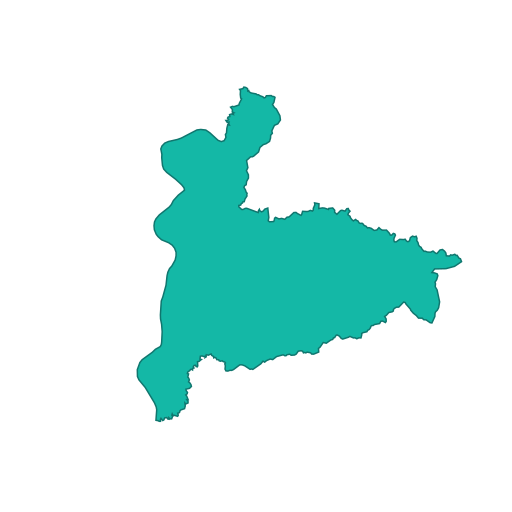 outline of São Borja, Rio Grande do Sul, Brazil, rotated 328°
{"feature_id": "56859067B95150406275386", "entity_name": "São Borja", "entity_type": "district", "adm_level": 2, "iso_a3": "BRA", "parent_name": "Brazil", "parent_adm1": "Rio Grande do Sul", "projection": "natural_earth1", "projection_center": [-55.782, -28.711], "detail": "fine", "context": "isolated", "style": "filled", "palette": "teal", "viewbox_px": 512, "rotation_deg": 328, "n_neighbors": 0, "source": "geoboundaries", "source_scale": "gbopen_adm2", "svg_char_len": 6151}
<svg xmlns="http://www.w3.org/2000/svg" viewBox="0 0 512 512"><g transform="rotate(328 256 256)"><path d="M294.5,136.7L293.3,139.5L290.1,141.3L287.2,140.6L285.1,137.8L282.2,127.2L280.2,122.6L276.2,119.4L272.7,117.8L255.1,116.4L251.0,115.5L242.4,112.5L238.4,111.9L234.5,112.9L232.0,114.8L230.0,120.0L228.2,122.6L224.7,129.6L223.8,133.3L224.6,137.8L228.5,148.3L230.7,156.3L231.1,160.0L230.2,162.3L222.4,163.2L215.3,165.2L211.5,167.5L208.4,168.5L195.8,169.9L190.8,171.5L188.0,173.3L185.6,176.2L183.7,179.9L182.9,184.8L183.2,187.7L184.5,192.2L189.0,198.5L190.7,202.4L191.1,206.3L190.2,210.5L188.3,213.5L185.3,216.6L179.3,219.9L176.1,220.8L172.7,223.0L170.2,225.5L164.2,233.1L155.2,241.4L151.8,244.0L143.7,255.3L141.7,258.8L139.7,264.0L136.3,270.5L130.4,279.0L128.8,280.9L126.8,282.1L121.3,281.8L117.1,282.7L104.5,283.6L101.1,284.8L95.1,289.5L91.6,295.4L91.1,299.0L92.4,308.8L92.1,326.6L91.4,331.1L90.3,333.8L84.1,342.3L85.8,343.9L86.3,344.9L87.4,345.6L88.5,343.8L89.4,343.3L89.7,346.1L90.9,346.2L92.8,344.9L94.7,345.7L94.8,347.5L95.7,348.3L96.4,347.0L96.8,348.6L98.2,349.4L101.0,347.2L102.1,347.6L104.6,350.4L105.7,349.8L106.3,347.8L107.5,348.2L108.6,347.9L109.4,347.0L110.6,346.7L114.5,347.6L116.5,345.7L117.8,343.1L118.0,344.3L120.5,344.6L121.4,343.1L121.2,341.1L122.3,341.8L123.0,338.1L122.8,336.6L124.5,336.4L125.6,335.4L125.4,333.2L126.0,331.8L129.5,333.0L132.1,332.4L132.7,330.5L132.6,328.2L132.1,327.0L133.8,325.8L134.2,324.0L134.0,322.5L136.3,320.3L135.5,319.3L136.7,318.2L139.1,318.1L140.3,317.5L141.2,317.8L141.8,319.0L142.8,317.7L144.0,318.1L144.3,316.5L145.7,316.0L146.9,316.7L146.6,318.0L147.5,318.9L148.4,318.3L150.4,314.6L151.8,315.2L154.8,314.8L153.8,313.8L155.7,311.5L157.3,312.2L158.8,314.0L162.1,313.8L162.9,314.8L166.0,315.3L165.8,316.9L166.7,318.6L166.2,320.0L167.3,320.1L168.1,321.5L167.8,323.1L169.4,324.2L169.2,325.3L170.1,326.4L171.8,326.9L172.2,328.2L173.3,329.3L173.4,330.5L172.4,330.9L171.8,332.9L169.8,335.5L169.6,337.5L171.2,338.7L173.3,339.1L174.7,340.1L176.8,340.4L184.6,339.7L186.5,340.9L188.3,343.2L190.9,348.9L192.3,349.4L193.2,350.5L202.9,350.0L206.2,348.9L207.1,350.6L209.6,350.3L213.4,350.9L215.3,352.7L220.2,352.2L226.7,354.2L227.7,356.0L229.0,356.5L229.9,356.1L232.6,357.2L233.2,358.8L236.2,360.4L238.1,360.5L241.4,359.1L244.1,360.3L245.1,361.6L244.9,363.3L246.2,363.6L246.9,364.6L248.4,364.6L251.0,367.0L251.2,368.6L252.9,369.8L258.3,370.7L260.0,367.5L261.9,367.3L267.2,365.0L269.4,367.2L274.9,366.9L276.8,367.4L278.3,366.5L279.4,366.9L281.9,365.7L282.9,365.9L284.2,368.0L284.6,371.0L285.5,372.4L291.4,373.9L293.0,373.9L295.2,377.1L296.7,377.9L297.6,379.6L299.9,379.9L301.6,381.1L304.0,378.8L304.5,377.7L306.0,377.7L309.9,379.0L311.3,378.2L313.1,378.3L315.1,377.5L316.0,376.6L317.2,376.3L318.5,377.0L320.2,376.9L325.0,378.8L327.3,377.5L328.9,378.3L330.5,381.0L331.8,380.4L333.0,378.3L333.1,375.4L335.1,375.4L338.7,374.3L341.9,375.5L343.3,375.4L344.2,374.2L345.5,373.8L347.9,373.8L350.0,375.0L356.8,373.3L357.9,374.6L357.7,376.1L358.8,382.8L358.5,383.9L359.1,387.9L360.4,391.4L360.9,394.8L364.0,396.8L364.5,398.9L366.4,400.3L368.3,404.8L369.7,406.0L375.6,402.1L377.4,399.5L378.7,398.5L381.1,398.0L383.5,396.6L387.4,392.2L391.6,380.7L391.7,377.0L393.5,374.7L393.9,373.1L396.7,371.8L399.8,369.0L400.2,367.2L398.4,364.9L396.4,363.3L400.6,361.6L410.4,367.4L418.9,370.0L427.3,369.7L427.9,366.7L427.0,365.4L426.9,361.9L425.9,361.5L425.5,359.9L422.8,359.3L421.7,358.2L420.1,358.6L417.5,356.7L418.6,354.0L418.5,351.9L417.6,349.3L415.2,348.4L410.9,349.8L409.9,349.1L408.7,345.6L406.1,345.3L403.5,343.5L401.9,341.4L400.9,341.1L400.4,337.7L400.6,336.1L399.8,334.6L399.7,332.8L400.5,330.5L400.5,328.1L401.9,326.3L402.3,324.1L400.6,323.7L399.3,322.1L396.7,322.2L394.3,324.4L392.9,324.5L392.0,324.0L391.5,322.8L391.4,320.8L389.9,320.3L386.7,318.0L382.3,318.3L380.9,317.3L381.3,315.5L382.5,314.1L385.3,312.2L385.4,310.7L384.4,309.6L382.1,310.2L381.0,309.5L381.2,307.5L380.4,303.2L376.9,301.1L375.9,299.4L375.3,297.1L372.2,298.0L369.7,296.9L368.4,293.6L366.8,291.8L365.4,291.3L365.1,289.0L363.9,287.5L363.8,285.7L363.3,284.4L361.9,283.8L361.0,282.6L361.0,280.2L360.1,279.1L359.9,277.8L357.2,277.8L356.6,276.0L356.4,273.3L356.8,272.2L355.8,269.7L357.1,268.6L359.5,267.8L359.1,266.3L359.4,264.6L358.1,264.0L355.3,265.1L353.1,262.7L351.7,262.3L346.7,263.5L345.8,260.6L347.0,258.9L346.5,255.9L342.9,254.2L342.1,254.9L339.5,251.7L337.8,250.4L334.4,249.0L337.1,245.1L333.8,242.0L333.0,243.8L329.9,245.9L328.9,247.4L327.7,247.8L326.2,246.1L324.1,245.9L322.8,245.3L319.2,242.8L316.7,245.0L315.7,245.4L313.6,241.9L313.0,240.2L311.1,239.2L305.3,240.3L304.0,240.2L303.0,239.5L299.8,240.1L297.7,237.7L295.1,236.7L293.1,233.6L291.8,233.8L290.3,235.5L289.2,236.1L285.6,234.2L285.0,232.6L287.3,230.1L291.4,221.6L288.2,220.9L286.0,221.7L284.1,221.5L283.2,219.6L283.6,218.2L282.2,218.8L280.9,220.3L273.4,210.6L272.1,209.9L269.6,209.7L268.5,208.9L267.5,205.2L268.2,204.0L270.0,204.7L271.4,203.7L272.6,203.9L273.7,203.1L274.8,203.7L276.8,201.9L280.2,200.3L280.6,199.2L281.7,198.1L281.5,196.4L282.1,194.3L282.1,191.4L283.7,190.3L285.4,190.4L287.5,187.8L290.9,185.9L292.6,183.1L293.1,178.6L295.9,176.8L298.6,170.0L304.0,169.0L305.4,169.9L306.8,170.1L313.3,169.1L316.9,166.0L321.3,165.4L324.0,166.1L328.2,166.0L330.8,163.7L332.4,161.4L334.9,160.6L335.7,158.3L340.1,155.4L341.2,155.0L344.5,155.5L348.8,153.6L350.6,149.7L351.1,142.1L350.3,139.9L350.3,136.3L352.6,135.2L356.2,131.5L355.6,130.2L354.5,129.4L353.9,128.0L349.7,125.6L348.1,126.5L346.6,126.2L346.2,124.6L344.3,122.2L343.6,120.6L342.3,119.7L342.0,118.6L338.5,115.4L337.7,114.2L337.2,113.0L337.5,111.9L336.5,111.8L337.5,109.5L336.6,107.6L335.2,106.3L333.6,107.1L330.4,106.0L330.5,107.5L328.3,110.6L326.7,114.0L327.1,115.1L322.7,117.7L321.6,118.9L316.4,117.7L315.3,116.6L313.3,116.3L313.6,119.4L312.2,121.2L313.2,122.9L312.0,122.7L311.8,124.0L310.6,122.6L308.5,122.1L307.7,123.9L306.0,123.4L304.9,124.0L305.1,125.8L303.8,126.0L302.3,125.1L302.4,127.5L304.1,128.2L303.0,129.1L302.8,130.8L301.7,129.6L299.0,132.2L296.1,136.1L294.5,136.7ZM101.0,347.2L100.3,346.4L101.2,345.6L101.0,347.2ZM160.7,314.0L159.3,315.1L160.4,315.1L160.7,314.0Z" fill="#14b8a6" stroke="#0f766e" stroke-width="1.5"/></g></svg>